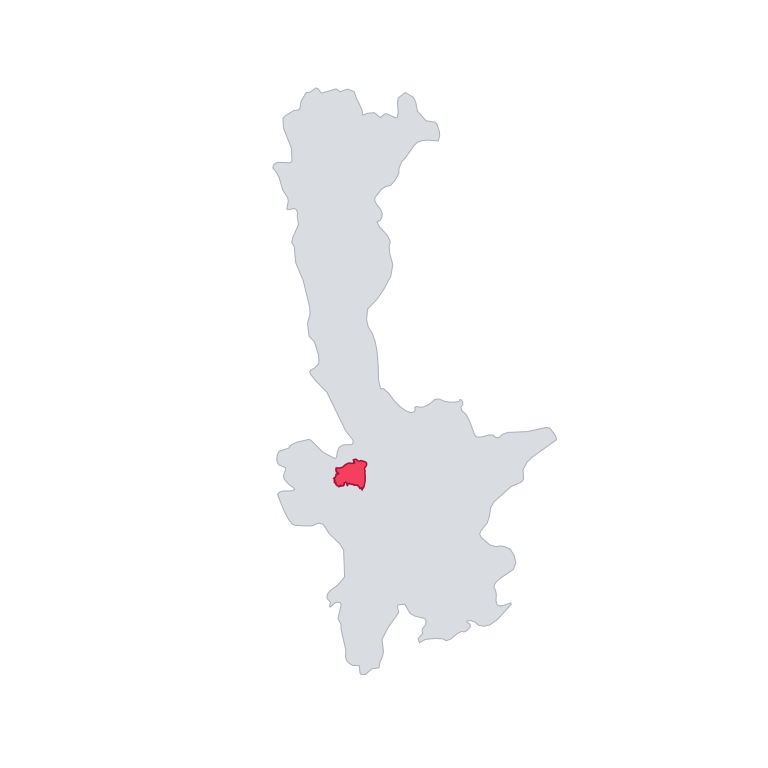 location of Kham, Xiangkhoang, Laos, rotated 210°
{"feature_id": "54806243B15908522447592", "entity_name": "Kham", "entity_type": "district", "adm_level": 2, "iso_a3": "LAO", "parent_name": "Laos", "parent_adm1": "Xiangkhoang", "projection": "orthographic", "projection_center": [103.704, 19.758], "detail": "fine", "context": "in_parent", "style": "filled", "palette": "rose", "viewbox_px": 768, "rotation_deg": 210, "n_neighbors": 0, "source": "geoboundaries", "source_scale": "gbopen_adm2", "svg_char_len": 8141}
<svg xmlns="http://www.w3.org/2000/svg" viewBox="0 0 768 768"><g transform="rotate(210 384 384)"><path d="M280.8,128.4L283.9,134.3L298.6,150.2L301.1,154.4L306.5,157.8L310.9,171.8L312.8,172.7L315.3,171.7L317.1,169.8L318.7,164.4L319.7,163.8L321.4,168.3L325.5,169.6L327.3,171.6L327.9,175.0L327.2,178.4L323.7,186.4L321.6,197.1L336.0,220.1L342.1,223.3L356.6,227.0L366.5,232.1L371.0,230.9L375.4,225.2L380.6,222.0L390.4,217.1L393.2,216.8L398.6,218.8L407.5,224.4L421.0,235.1L420.5,238.0L418.1,240.8L410.9,245.0L408.6,247.8L410.0,248.8L416.0,249.4L423.1,251.8L425.3,254.6L426.5,261.0L427.8,262.2L434.4,261.4L436.4,262.3L438.8,264.3L441.1,269.6L441.1,273.6L434.6,280.7L433.9,284.8L430.5,289.9L421.6,298.3L419.2,298.8L402.6,294.3L389.4,294.9L388.3,296.7L390.5,301.7L391.2,306.8L389.2,310.6L381.6,315.5L381.3,317.7L382.9,319.9L393.9,324.4L429.3,348.3L445.4,352.8L452.6,355.8L454.4,357.5L454.4,359.6L452.5,362.3L451.0,367.1L451.0,369.9L452.7,372.6L455.5,376.7L465.5,385.8L472.8,387.9L480.6,398.3L482.9,407.4L486.7,413.3L505.4,432.9L521.0,444.8L530.3,457.8L534.8,460.7L536.3,465.5L537.7,479.3L543.2,486.1L544.3,488.9L546.7,490.9L549.2,491.3L554.6,486.7L555.8,487.3L558.3,494.5L560.6,497.2L568.9,501.5L577.7,510.1L582.4,513.2L588.4,515.6L589.2,518.4L588.2,521.2L586.4,523.1L576.3,528.4L575.0,530.7L581.9,541.8L599.0,555.3L604.4,563.6L603.3,567.6L598.8,575.8L595.4,578.1L594.5,580.7L597.2,587.2L597.1,597.4L593.9,600.0L591.0,606.3L588.9,606.8L583.7,604.6L573.0,615.6L568.3,615.1L562.9,621.3L555.9,622.2L551.0,617.8L540.5,610.8L536.7,606.4L533.5,610.3L528.1,614.1L520.4,612.9L518.4,618.3L516.9,619.3L507.6,620.3L505.8,621.2L507.4,626.1L513.0,634.3L514.7,639.1L511.3,647.0L501.6,646.9L497.3,643.8L491.7,637.2L479.3,633.0L471.1,636.1L468.5,635.9L462.3,630.4L459.9,626.9L458.5,621.6L467.9,617.2L472.7,613.8L475.8,610.1L477.1,606.4L478.5,590.9L479.8,585.5L479.0,578.8L476.4,573.6L476.3,565.6L477.6,559.2L481.2,556.0L483.6,551.4L485.0,541.0L483.9,538.4L480.3,535.9L474.4,533.6L470.6,530.6L469.1,526.9L469.2,523.7L471.0,520.9L466.5,517.9L455.7,514.5L449.7,510.5L448.4,505.7L443.9,499.5L436.1,491.8L432.0,480.7L431.5,466.2L432.4,454.4L435.7,440.6L431.1,430.8L426.2,425.6L419.3,421.8L412.8,416.3L406.6,409.1L399.2,398.5L390.5,384.5L384.7,378.3L381.8,379.7L375.6,378.4L366.1,374.4L357.8,372.2L350.8,371.8L346.2,372.8L344.0,374.9L343.9,377.0L345.7,379.1L344.7,380.7L341.0,381.9L338.0,384.2L334.6,389.3L332.3,396.0L328.8,398.6L323.3,399.2L318.0,401.1L312.7,404.3L310.2,406.8L310.5,408.5L309.4,408.9L306.8,407.9L305.6,405.7L305.8,402.2L303.1,399.8L297.6,398.6L291.4,394.7L279.6,384.9L276.9,384.5L272.9,387.0L267.8,392.3L263.6,394.4L260.3,393.3L257.7,395.2L255.9,400.1L252.5,404.0L236.4,414.2L221.8,427.5L218.1,428.7L209.4,424.8L206.7,422.1L219.1,394.7L221.0,388.0L220.7,379.1L215.7,371.7L215.6,369.5L216.4,367.2L222.6,358.8L229.9,336.8L229.7,330.0L226.7,322.4L225.1,315.2L226.6,305.5L226.1,301.7L222.8,299.7L212.0,297.6L205.7,299.1L202.7,301.7L199.0,303.3L192.2,304.1L185.7,300.7L180.4,295.0L179.3,288.1L186.3,273.5L188.1,267.8L187.9,265.1L186.8,262.3L185.2,261.9L181.8,258.4L178.6,252.2L175.5,249.3L172.5,249.8L169.7,252.0L165.0,257.7L163.6,257.0L168.0,236.7L172.0,228.1L176.5,224.1L181.2,222.5L186.1,223.3L190.2,222.6L193.6,220.5L193.3,219.3L189.4,219.0L187.9,216.6L188.7,212.3L190.5,209.5L193.3,208.3L196.0,203.9L198.6,196.6L201.7,192.8L205.3,192.8L211.6,189.7L220.4,183.6L223.9,177.6L227.1,180.4L225.8,187.4L227.5,188.9L228.3,191.4L227.7,195.4L228.4,198.7L229.7,200.4L231.6,201.2L241.0,198.5L246.6,198.3L255.8,203.6L261.4,199.8L261.5,198.4L257.0,193.5L258.6,175.7L258.2,162.1L250.7,152.0L249.2,147.9L248.5,141.4L246.5,135.7L252.0,131.3L255.0,123.0L258.8,121.0L260.0,121.4L264.6,127.7L270.5,124.6L275.0,124.7L278.8,126.3L280.8,128.4Z" fill="#d9dde1" stroke="#a8b0b8" stroke-width="1"/><path d="M350.0,281.4L350.0,281.5L350.1,281.8L350.1,282.1L350.2,282.4L350.2,282.6L350.3,283.1L350.2,283.4L350.2,283.5L350.2,283.8L350.2,284.0L349.9,284.0L350.1,285.7L350.2,285.8L350.3,286.1L350.6,286.9L350.9,287.7L350.9,288.0L351.4,289.1L351.6,289.9L352.2,291.1L352.9,292.4L353.6,293.6L353.7,293.9L353.8,294.1L354.1,294.5L354.5,295.3L355.4,296.3L356.6,298.5L356.9,299.3L357.6,299.8L358.0,300.3L358.6,301.1L358.7,301.4L358.7,301.9L358.5,303.1L358.5,304.0L358.6,304.8L358.6,305.0L358.8,305.6L359.0,305.9L359.4,306.6L359.5,306.7L359.7,306.8L360.8,307.2L361.0,307.2L361.5,307.1L362.9,306.9L364.4,306.5L364.9,306.4L365.4,306.2L365.7,306.2L366.1,305.8L366.1,305.4L366.5,305.0L366.8,304.7L367.2,304.5L368.7,304.5L369.0,304.6L369.5,304.8L370.0,304.8L370.3,304.8L370.7,304.8L371.0,304.6L372.1,303.7L372.3,303.5L372.6,303.1L372.7,302.9L372.6,302.7L372.2,302.5L371.9,302.5L371.8,302.3L371.6,302.1L371.1,302.1L371.0,301.9L371.2,301.6L371.2,301.3L371.1,301.1L370.9,300.9L370.5,300.9L370.3,301.0L370.1,301.0L370.0,300.9L370.0,300.7L370.4,300.3L370.7,300.3L371.0,300.3L371.2,300.0L371.3,299.8L371.5,299.6L371.6,299.4L372.4,299.2L372.7,299.0L372.9,298.7L373.3,298.6L373.6,298.6L374.2,298.5L374.5,298.3L374.8,298.0L375.0,297.7L375.5,297.2L376.0,296.7L376.4,295.8L376.6,295.6L377.2,294.6L377.7,293.1L377.9,292.1L378.1,291.6L379.0,290.4L380.5,289.1L381.3,288.5L382.4,288.0L383.4,287.4L383.5,287.1L383.4,286.9L383.2,286.7L383.1,286.4L383.0,286.2L382.9,286.2L382.8,285.9L382.4,285.6L382.5,285.4L382.4,285.1L382.1,285.0L382.0,284.9L382.0,284.7L381.9,284.6L381.4,284.5L381.4,284.3L381.3,284.1L381.2,284.1L381.2,284.3L381.3,284.4L381.2,284.5L381.1,284.3L380.9,284.3L380.7,284.2L380.4,284.1L380.3,283.9L380.2,283.9L380.0,284.1L379.9,284.1L379.8,283.9L379.5,283.7L378.9,283.8L378.8,283.7L378.7,283.6L378.6,283.8L378.4,283.7L378.5,283.4L378.9,283.1L379.3,282.8L379.4,282.7L379.5,282.4L379.8,282.4L380.0,282.4L380.2,282.2L380.3,282.1L380.3,281.9L380.2,281.8L380.2,281.6L380.3,281.5L380.3,281.4L380.1,281.2L379.9,280.9L379.9,280.7L379.7,280.6L379.6,280.4L379.7,280.1L379.6,279.7L379.5,279.4L379.6,279.2L379.6,278.7L379.9,278.5L380.0,278.4L380.2,278.2L379.9,277.7L380.2,277.6L380.3,277.7L380.2,277.4L380.1,277.1L380.2,276.9L379.9,276.8L379.5,277.0L379.2,276.6L379.0,276.2L378.9,276.3L378.7,276.2L378.8,276.0L378.8,275.9L378.5,276.0L378.4,275.8L378.3,275.7L378.5,275.5L378.5,275.4L378.2,275.5L378.2,275.4L378.3,275.2L378.2,275.1L377.9,274.9L377.6,274.6L377.7,274.3L377.4,274.3L377.3,274.1L377.4,273.9L376.9,273.8L376.7,274.0L376.3,274.1L376.2,274.2L376.0,273.6L375.8,273.3L375.4,273.2L375.1,273.0L375.1,272.9L374.9,272.8L374.7,272.7L374.4,272.7L374.2,272.8L374.0,272.7L373.8,272.5L373.3,272.7L373.2,272.7L372.9,272.7L372.8,272.9L372.6,272.9L372.3,272.9L372.2,272.9L372.1,273.0L371.9,273.0L371.8,272.9L371.8,273.0L371.7,273.1L371.2,273.1L371.1,273.3L371.1,273.5L371.1,273.8L371.1,274.0L370.9,274.2L370.8,274.3L370.7,274.3L370.7,274.2L370.5,274.3L370.4,274.3L370.3,274.2L370.2,274.4L370.3,274.5L370.1,274.5L369.8,274.7L369.6,274.7L369.4,274.7L369.3,274.8L369.5,274.9L369.4,275.0L369.2,275.1L368.9,275.3L368.8,275.2L368.7,275.2L368.7,275.3L368.5,275.5L368.4,275.5L368.2,275.9L368.3,276.0L368.3,276.3L368.5,276.4L368.5,276.5L368.3,276.6L368.2,276.7L368.1,276.8L368.2,277.0L368.3,277.1L368.4,277.4L368.5,277.4L368.5,277.5L368.4,277.8L368.4,278.0L368.5,278.1L368.6,278.3L368.7,278.5L368.9,278.5L368.7,278.9L368.5,279.1L368.4,279.4L368.2,279.6L367.8,279.7L367.7,279.8L367.5,279.7L367.4,279.6L367.0,279.7L366.9,279.7L366.6,279.5L366.4,279.4L366.1,279.0L365.9,278.9L365.7,278.5L365.8,278.1L365.7,278.0L365.1,277.9L364.9,277.8L364.8,278.0L364.9,278.3L365.0,278.8L365.3,279.2L365.4,279.3L365.4,279.8L365.0,279.9L364.5,280.1L364.4,280.2L364.3,280.4L364.2,280.6L363.9,280.5L363.7,280.3L363.4,280.5L363.2,280.7L362.7,280.9L362.0,280.8L361.8,280.9L361.5,281.0L361.2,281.5L360.9,281.6L360.7,281.6L360.4,281.5L360.0,281.8L359.9,281.8L359.8,281.7L359.7,281.5L359.6,281.4L359.3,281.4L359.1,281.5L358.6,281.9L358.3,282.3L358.0,282.2L357.8,282.2L357.4,282.4L357.0,283.0L356.8,283.1L356.0,283.0L355.8,282.9L355.4,282.9L355.0,282.5L354.9,282.4L354.1,282.5L353.9,282.4L353.5,282.0L353.0,281.7L352.6,281.5L352.3,281.6L352.3,281.9L352.1,282.0L352.0,282.4L351.9,282.7L351.7,282.8L351.3,282.8L351.1,282.5L351.0,282.3L350.9,282.1L350.7,282.1L350.5,281.9L350.5,281.7L350.0,281.4Z" fill="#f43f5e" stroke="#9f1239" stroke-width="1.5"/></g></svg>